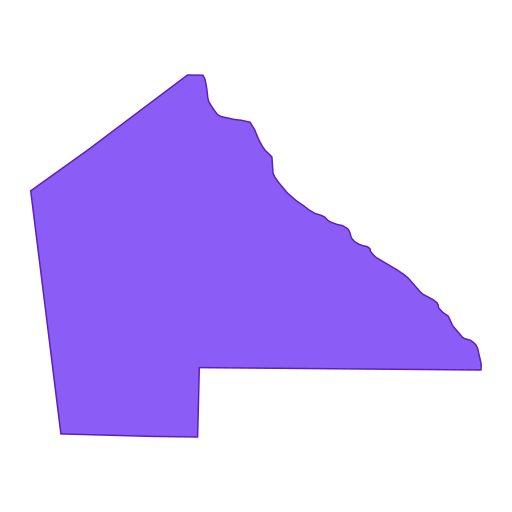 Pike, Missouri, United States of America
{"feature_id": "52423323B3940547538762", "entity_name": "Pike", "entity_type": "district", "adm_level": 2, "iso_a3": "USA", "parent_name": "United States of America", "parent_adm1": "Missouri", "projection": "albers", "projection_center": [-90.992, 39.369], "detail": "fine", "context": "isolated", "style": "filled", "palette": "violet", "viewbox_px": 512, "rotation_deg": 0, "n_neighbors": 0, "source": "geoboundaries", "source_scale": "gbopen_adm2", "svg_char_len": 1081}
<svg xmlns="http://www.w3.org/2000/svg" viewBox="0 0 512 512"><path d="M60.9,433.9L151.9,436.4L197.6,437.0L198.4,405.6L199.3,367.6L480.9,370.0L481.3,365.2L481.0,363.2L477.7,348.6L475.9,344.9L473.4,342.4L470.3,340.2L464.3,338.5L462.6,337.4L452.8,326.0L449.0,317.7L447.9,315.9L442.9,312.5L438.7,308.0L438.1,304.8L437.0,302.8L433.4,299.9L422.7,294.1L420.0,291.6L408.5,278.4L404.0,274.6L396.9,269.8L375.8,257.3L371.9,253.3L370.3,250.9L370.2,249.2L369.0,247.8L367.1,246.6L363.0,245.7L359.2,244.4L357.0,243.2L354.4,241.4L351.2,237.7L350.2,233.6L349.5,231.9L349.1,230.9L348.2,229.4L347.1,228.4L342.5,225.6L336.9,224.4L330.8,222.1L327.8,220.4L324.7,217.1L321.4,215.4L314.8,213.4L308.8,209.8L303.7,205.8L296.6,201.0L287.7,193.3L278.7,182.6L274.9,177.2L273.0,173.1L271.9,156.9L265.2,150.4L262.5,146.6L258.5,139.2L254.6,129.6L250.0,122.2L241.5,120.3L234.0,119.4L220.9,116.5L217.6,114.6L214.6,110.8L211.6,106.4L208.7,101.4L207.8,97.8L206.7,88.0L205.2,80.1L204.9,79.0L202.9,75.2L187.5,75.0L87.4,150.3L30.7,190.8L43.7,295.0L60.9,433.9Z" fill="#8b5cf6" stroke="#5b21b6" stroke-width="1.5"/></svg>